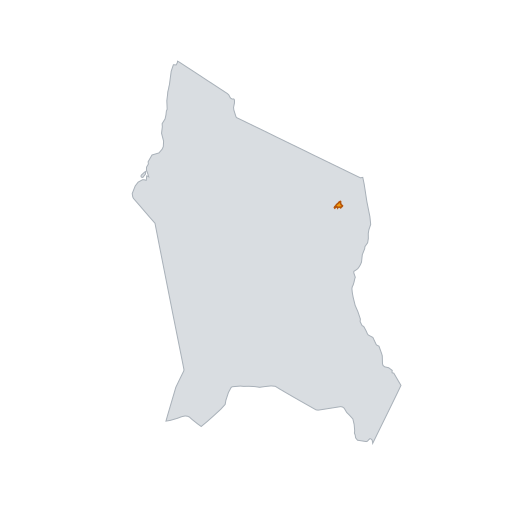 Kabondo Kasipul, Nyanza, Kenya (highlighted), rotated 169°
{"feature_id": "3690345B44381744243439", "entity_name": "Kabondo Kasipul", "entity_type": "district", "adm_level": 2, "iso_a3": "KEN", "parent_name": "Kenya", "parent_adm1": "Nyanza", "projection": "equal_earth", "projection_center": [34.874, -0.447], "detail": "fine", "context": "in_parent", "style": "filled", "palette": "amber", "viewbox_px": 512, "rotation_deg": 169, "n_neighbors": 0, "source": "geoboundaries", "source_scale": "gbopen_adm2", "svg_char_len": 4426}
<svg xmlns="http://www.w3.org/2000/svg" viewBox="0 0 512 512"><g transform="rotate(169 256 256)"><path d="M136.2,312.8L136.1,305.9L136.8,288.3L136.7,272.9L137.4,265.1L140.2,260.2L141.5,256.7L142.4,251.7L143.9,247.7L147.3,244.4L147.9,242.5L151.4,237.0L153.6,229.9L155.2,227.5L157.2,225.3L158.6,224.1L160.9,223.0L162.8,222.3L163.1,221.7L163.2,220.6L162.6,216.2L163.4,214.8L164.7,211.8L166.1,209.1L167.4,207.4L168.1,205.6L168.4,202.5L168.5,200.3L168.5,196.7L168.1,188.6L166.6,181.8L165.6,174.2L166.3,171.7L165.1,167.3L164.5,167.0L163.6,166.0L162.3,161.8L161.4,158.0L160.8,157.0L156.8,153.7L154.8,145.8L152.5,144.0L151.3,136.2L151.1,133.9L152.4,126.1L152.2,124.3L150.9,122.7L147.1,121.0L144.1,117.7L144.5,116.6L144.7,115.4L143.1,114.7L138.4,101.3L144.4,93.2L150.5,85.1L158.3,74.8L165.5,65.3L171.7,57.1L177.2,49.8L177.1,51.2L177.1,53.1L177.8,54.2L178.9,55.0L180.5,54.1L181.9,53.0L183.2,52.8L191.5,55.8L192.9,58.5L192.8,61.3L193.2,63.4L192.5,65.5L191.8,71.7L192.0,77.5L194.5,81.7L196.8,85.1L198.5,89.8L199.8,91.2L201.6,92.0L207.3,92.2L215.8,92.5L223.9,92.8L224.6,92.9L226.4,93.5L233.9,99.9L240.7,105.7L246.5,110.7L252.1,115.6L257.6,120.4L261.9,124.4L266.0,125.6L272.8,126.2L277.5,126.4L281.9,128.0L288.4,129.6L293.2,130.4L296.1,131.3L304.2,132.2L305.5,131.7L309.1,127.3L313.1,120.1L314.6,116.2L319.8,112.3L328.8,106.8L335.2,103.0L342.3,99.1L345.5,102.5L350.0,107.8L352.0,110.5L353.6,111.7L356.0,112.5L359.0,112.5L360.6,112.3L363.9,111.7L371.5,111.0L375.9,111.1L372.3,118.2L367.9,126.7L359.7,142.5L353.5,150.8L348.8,157.0L348.4,158.2L348.4,165.1L348.5,182.2L348.7,216.3L348.8,250.5L348.9,284.6L348.9,301.7L348.9,307.4L353.1,314.6L357.1,321.6L362.4,330.9L365.3,335.9L365.7,337.5L365.6,340.9L361.2,347.8L357.6,351.0L352.8,352.5L351.3,352.2L349.4,351.2L348.7,352.9L348.1,355.5L347.0,354.9L346.2,354.2L346.7,358.8L347.2,361.0L346.5,364.1L344.1,366.8L343.9,369.1L338.8,375.0L331.6,375.7L327.8,378.7L326.1,381.1L324.8,386.4L325.3,394.5L323.3,400.7L322.9,403.8L319.1,407.9L317.5,411.6L316.3,415.4L315.2,417.0L313.9,425.5L312.2,430.7L311.7,432.4L311.3,433.9L309.9,436.9L309.1,439.0L308.4,440.4L304.0,453.5L300.6,459.5L297.9,458.8L296.1,461.1L295.9,462.2L295.0,461.6L292.7,459.4L288.1,454.9L283.5,450.5L278.9,446.0L274.3,441.5L269.7,437.0L265.1,432.6L260.5,428.1L255.9,423.6L253.2,421.0L252.0,419.4L251.1,416.4L250.6,415.6L249.4,414.6L247.9,414.4L247.5,413.8L247.5,412.3L248.0,410.2L249.7,406.1L249.9,403.7L249.6,400.9L249.1,396.5L248.6,395.5L245.5,393.2L239.1,388.4L232.7,383.6L226.3,378.8L219.9,374.0L213.5,369.1L207.1,364.3L200.7,359.5L194.3,354.7L187.9,349.9L181.5,345.0L175.1,340.2L168.7,335.4L162.3,330.6L155.9,325.8L149.4,320.9L143.0,316.1L140.6,314.3L138.5,312.8L136.2,312.8ZM349.4,359.6L348.2,360.0L348.8,357.6L352.1,354.7L353.5,355.3L353.7,356.0L353.6,356.6L353.1,357.3L349.4,359.6Z" fill="#d9dde1" stroke="#a8b0b8" stroke-width="1"/><path d="M169.5,287.9L169.4,288.0L169.4,288.3L169.2,288.5L168.9,288.6L168.8,288.8L168.7,288.9L168.4,288.7L168.3,288.8L168.2,288.8L167.9,288.9L167.7,288.9L167.7,289.0L167.6,288.9L167.4,288.9L167.2,288.7L167.2,288.8L167.0,288.7L167.0,288.4L166.9,288.4L166.8,288.5L166.7,288.4L166.6,288.2L166.6,287.9L166.6,287.7L166.5,287.8L166.4,287.8L166.2,287.9L166.1,288.0L165.9,288.1L165.8,288.3L165.8,288.2L165.7,288.2L165.4,288.2L165.2,288.1L164.9,288.1L164.7,288.0L164.4,288.0L164.3,287.9L164.2,287.9L163.9,287.8L163.8,287.7L163.8,287.4L163.8,287.2L163.7,287.1L163.5,287.3L163.4,287.3L163.2,287.5L163.1,287.8L162.9,287.9L162.7,287.9L162.7,288.0L162.4,288.1L162.2,288.2L162.1,288.3L161.9,288.3L161.7,288.4L161.6,288.5L161.5,288.8L161.5,289.0L161.8,289.2L162.0,289.3L162.1,289.5L162.3,289.7L162.3,289.8L162.4,290.0L162.5,290.1L162.6,290.3L162.7,290.5L162.7,290.8L162.8,290.8L162.8,291.0L162.9,291.3L163.0,291.4L163.0,291.5L163.0,291.8L163.0,292.0L162.9,292.0L162.8,292.3L162.8,292.5L162.7,292.6L162.6,292.8L162.7,293.0L162.6,293.3L162.8,293.4L162.8,293.5L163.0,293.5L163.2,293.4L163.3,293.4L163.5,293.3L163.6,293.2L163.8,293.1L164.0,293.1L164.2,292.9L164.3,292.9L164.5,292.9L164.7,292.7L164.8,292.6L165.4,292.0L165.5,291.9L165.9,291.8L166.0,291.7L166.3,291.6L166.5,291.5L166.7,291.4L167.0,291.2L167.3,290.9L167.5,290.8L167.6,290.7L167.8,290.5L167.9,290.3L168.0,290.2L168.3,289.9L168.5,289.8L168.7,289.7L168.8,289.7L169.1,289.5L169.2,289.4L169.3,289.3L169.4,289.2L169.6,289.0L169.7,288.8L169.8,288.7L169.7,288.5L169.7,288.4L169.7,288.2L169.5,287.9Z" fill="#f59e0b" stroke="#b45309" stroke-width="1.5"/></g></svg>